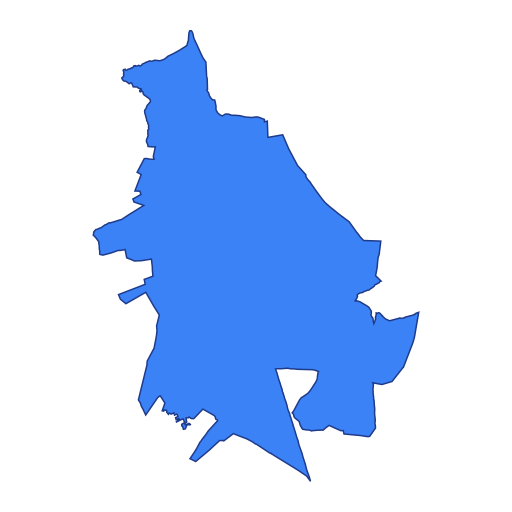 Solosuchiapa, Chiapas, Mexico (Mercator projection)
{"feature_id": "50627088B80636009912832", "entity_name": "Solosuchiapa", "entity_type": "district", "adm_level": 2, "iso_a3": "MEX", "parent_name": "Mexico", "parent_adm1": "Chiapas", "projection": "mercator", "projection_center": [-93.008, 17.395], "detail": "fine", "context": "isolated", "style": "filled", "palette": "blue", "viewbox_px": 512, "rotation_deg": 0, "n_neighbors": 0, "source": "geoboundaries", "source_scale": "gbopen_adm2", "svg_char_len": 5985}
<svg xmlns="http://www.w3.org/2000/svg" viewBox="0 0 512 512"><path d="M125.9,303.7L145.8,292.3L153.6,305.9L159.3,315.0L156.6,325.9L157.0,330.6L156.4,336.1L154.1,348.1L147.2,361.1L146.9,365.2L138.4,399.9L140.4,403.1L141.3,406.2L143.0,409.2L145.7,415.0L157.7,397.6L159.2,396.4L160.3,395.9L164.9,403.0L162.2,410.8L163.7,411.1L164.0,410.0L165.8,410.3L166.2,410.2L166.7,410.5L166.7,412.1L168.4,414.3L169.2,413.1L171.2,414.1L173.9,412.8L174.5,415.1L176.7,414.1L177.4,414.9L178.0,416.6L175.6,417.6L176.1,419.6L178.7,418.6L179.2,419.0L175.9,422.3L180.6,419.9L183.1,418.9L183.5,419.4L184.6,422.8L183.6,423.2L181.7,424.3L181.7,425.0L181.9,426.1L182.6,426.4L183.4,429.3L185.4,428.8L187.1,424.7L190.2,424.8L190.4,424.6L189.7,423.8L188.8,423.4L186.1,424.8L185.4,424.9L185.0,424.3L185.4,423.3L186.3,422.4L186.1,422.4L186.5,421.5L186.1,417.8L188.3,417.8L189.1,416.9L191.0,418.5L193.7,418.7L202.9,409.1L214.3,415.6L215.2,416.9L215.7,419.1L217.3,419.8L217.6,420.7L208.2,431.0L206.1,434.2L202.1,439.3L200.9,441.2L199.9,442.3L197.0,447.9L194.6,451.8L190.0,458.7L195.7,461.5L209.2,450.2L212.6,447.0L219.7,440.5L222.7,440.6L223.3,440.4L223.8,440.9L233.4,433.6L236.0,434.7L247.1,439.0L252.4,441.8L255.5,444.0L256.6,444.3L269.7,453.0L271.6,453.5L272.0,453.5L271.4,453.8L297.7,470.0L306.6,476.0L310.5,481.3L309.3,477.0L306.7,469.8L305.3,464.2L303.0,457.1L302.0,453.3L299.0,445.1L298.0,440.5L297.1,438.3L293.8,427.3L293.1,425.8L293.3,425.6L289.8,414.7L289.8,414.1L287.9,409.5L287.3,407.2L286.9,405.1L285.8,401.5L284.8,398.9L283.0,392.7L282.3,391.4L282.2,389.7L281.0,386.4L280.3,383.9L278.7,379.2L277.0,373.1L275.5,368.9L277.0,368.7L280.3,368.8L287.7,368.2L287.8,368.4L289.6,368.5L290.2,368.8L294.1,368.9L297.9,369.3L312.5,369.7L314.3,370.0L318.5,371.5L318.1,372.4L317.7,374.3L317.2,378.9L315.9,381.9L311.6,388.5L309.7,391.2L307.9,393.3L302.7,396.9L301.5,397.5L299.8,399.6L298.7,401.5L293.6,411.0L292.2,412.8L293.5,414.2L293.9,416.3L294.6,417.7L299.1,421.4L300.3,425.3L301.9,428.3L302.8,429.3L307.2,430.0L309.3,430.0L311.3,430.9L313.3,430.6L317.7,430.2L323.2,430.1L325.9,427.7L329.0,425.4L340.8,430.7L343.2,430.6L344.0,434.0L360.4,435.5L368.0,436.7L369.7,436.3L375.5,428.1L375.4,425.8L374.9,423.0L375.3,420.4L374.6,414.0L374.7,408.3L374.4,405.8L374.0,399.9L373.6,399.4L373.6,397.2L373.1,392.8L373.1,390.7L372.9,389.5L373.1,388.2L373.4,384.3L372.8,382.8L381.9,384.5L392.0,381.5L403.2,367.3L403.4,367.3L412.7,343.2L413.9,339.3L414.6,336.3L418.7,312.3L415.9,313.3L414.7,314.5L414.4,314.3L413.1,315.1L405.7,317.0L404.2,317.6L404.2,317.9L401.2,318.4L399.8,317.9L399.3,318.2L389.5,320.8L386.8,319.5L385.7,319.1L382.2,316.0L382.4,315.8L379.6,313.0L379.0,312.8L378.3,312.8L377.4,313.3L376.2,312.9L376.2,314.7L375.4,317.6L375.7,318.5L374.5,322.2L373.8,323.6L373.4,321.8L372.9,318.1L371.9,316.9L371.1,315.5L371.0,314.7L371.3,313.4L371.3,311.2L368.9,307.3L367.1,306.0L360.0,301.8L357.7,301.0L356.8,300.9L355.3,301.1L355.2,300.5L356.3,299.1L357.3,297.2L357.5,296.3L357.2,294.8L358.3,293.9L360.2,292.9L362.7,292.5L363.4,291.9L364.5,291.4L367.8,290.2L369.1,290.0L370.8,288.5L371.9,288.0L374.2,286.2L374.9,284.8L377.4,283.7L378.3,283.1L379.2,282.7L379.9,281.5L381.1,281.1L375.6,275.7L377.2,267.2L377.6,261.8L378.2,257.1L379.1,254.7L380.8,241.1L363.6,240.5L360.3,237.0L357.7,233.4L356.5,232.1L349.2,221.8L339.4,214.5L330.1,207.0L325.1,202.6L321.7,198.5L315.2,189.6L310.6,183.0L310.4,182.4L307.3,179.0L305.8,176.3L305.9,174.8L297.6,165.6L288.8,149.0L282.7,134.8L267.9,137.4L267.3,121.1L264.4,121.8L264.4,119.4L258.6,117.2L256.5,116.9L251.6,117.5L245.3,117.0L239.9,115.7L235.5,115.3L231.9,115.3L228.0,114.0L225.3,114.1L222.4,115.9L220.2,115.0L217.7,112.9L216.0,109.8L216.0,106.3L215.3,102.4L214.7,100.0L212.5,99.8L211.0,98.2L209.5,95.9L208.6,92.8L207.0,90.7L207.0,89.9L207.5,89.5L207.2,78.6L206.6,76.4L205.9,62.1L203.0,58.0L199.9,51.4L197.0,44.9L193.9,38.4L192.9,33.7L192.1,31.7L191.2,30.7L189.7,30.8L189.0,32.7L188.6,36.7L188.4,40.3L187.5,43.0L187.0,45.3L185.1,46.7L178.7,50.7L172.8,53.9L168.0,56.2L164.5,59.1L160.0,60.8L154.7,60.2L152.2,61.2L151.1,61.2L149.4,60.9L147.2,62.0L146.2,62.1L144.1,63.4L142.8,63.8L142.1,64.3L141.8,64.9L140.7,65.8L140.1,66.0L138.8,65.3L137.8,65.8L137.0,66.0L135.3,66.1L135.3,65.7L134.1,65.7L133.2,66.8L132.9,67.5L132.2,67.9L131.5,67.9L131.0,68.1L130.9,68.4L130.4,68.8L128.2,69.1L127.2,70.0L126.1,70.2L125.8,70.1L125.2,69.3L125.0,69.6L123.8,69.5L123.2,70.0L123.2,70.8L123.5,71.2L123.9,71.9L123.5,74.1L123.7,74.7L123.7,76.3L121.9,77.7L121.9,78.5L123.1,80.4L123.6,80.9L125.5,81.2L127.1,82.1L129.1,83.7L129.5,83.7L130.6,82.9L131.2,82.8L131.6,83.1L132.3,84.5L133.3,86.9L134.1,86.8L135.3,87.0L136.9,87.0L137.6,87.3L138.0,87.9L139.5,88.5L141.2,88.9L141.3,89.5L141.0,89.8L140.2,90.1L139.7,90.6L139.8,91.4L140.0,91.7L140.7,91.9L141.5,91.3L142.0,91.1L142.3,91.2L143.0,92.1L143.0,93.1L143.3,93.9L143.7,94.1L143.9,94.8L145.1,95.7L146.5,96.5L147.1,97.2L148.3,97.9L149.8,99.2L150.2,99.7L150.4,101.8L147.3,105.3L146.6,106.6L146.4,107.6L145.7,109.1L144.9,109.8L144.6,111.4L144.8,113.0L145.8,116.3L145.9,117.3L146.4,118.1L146.6,120.2L146.9,121.0L147.8,122.3L147.9,123.8L148.4,124.5L148.7,125.4L148.5,127.4L148.8,128.4L148.8,129.0L148.1,129.7L147.7,130.7L147.9,131.5L147.8,134.4L148.2,135.5L146.4,140.1L146.5,142.0L147.5,143.9L148.1,146.5L152.6,146.9L155.3,146.8L154.3,151.8L153.3,156.5L154.1,159.2L150.1,159.2L146.6,158.5L144.3,158.6L137.1,172.3L141.2,174.5L134.9,191.0L139.8,191.2L141.0,194.4L132.9,199.0L134.0,202.0L143.8,205.4L129.6,214.2L121.8,219.3L121.6,219.5L119.6,220.0L112.3,222.3L110.8,222.7L108.9,222.9L106.4,224.4L105.0,224.9L100.9,227.8L99.5,228.2L97.2,229.3L95.8,229.6L93.8,231.9L93.3,235.3L94.9,236.7L96.6,238.7L98.8,241.9L98.8,243.5L99.2,245.2L99.3,248.8L99.7,251.0L99.7,254.1L99.8,254.3L100.1,254.5L103.0,255.1L111.3,252.9L118.3,250.4L120.0,250.5L123.0,249.9L123.5,250.0L125.1,249.5L126.7,257.8L132.0,259.9L134.4,261.0L141.5,260.7L151.4,259.1L152.3,266.8L152.4,270.4L152.9,276.2L144.2,279.4L145.2,284.3L118.5,294.6L120.4,299.2L125.9,303.7Z" fill="#3b82f6" stroke="#1e3a8a" stroke-width="1.5"/></svg>